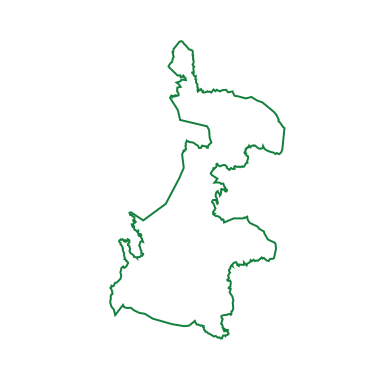 Tlacoachistlahuaca, Guerrero, Mexico (Equal Earth projection), rotated 347°
{"feature_id": "50627088B91414263136066", "entity_name": "Tlacoachistlahuaca", "entity_type": "district", "adm_level": 2, "iso_a3": "MEX", "parent_name": "Mexico", "parent_adm1": "Guerrero", "projection": "equal_earth", "projection_center": [-98.264, 16.975], "detail": "fine", "context": "isolated", "style": "outline", "palette": "green", "viewbox_px": 384, "rotation_deg": 347, "n_neighbors": 0, "source": "geoboundaries", "source_scale": "gbopen_adm2", "svg_char_len": 6058}
<svg xmlns="http://www.w3.org/2000/svg" viewBox="0 0 384 384"><g transform="rotate(347 192 192)"><path d="M125.3,306.6L143.1,316.4L154.2,321.0L159.3,321.5L165.8,318.3L165.9,319.7L166.9,322.3L168.4,322.6L170.5,324.4L171.3,324.1L173.2,325.2L172.5,326.3L173.1,326.9L172.7,327.9L172.9,329.1L173.7,330.0L173.6,331.1L174.8,331.6L176.1,333.6L177.0,333.9L180.8,337.7L182.8,337.7L184.3,339.7L186.0,339.8L187.1,341.3L188.5,341.2L188.5,340.6L190.1,338.8L191.9,339.3L192.2,339.9L192.9,339.2L194.1,339.4L195.8,338.4L195.3,335.7L195.9,334.6L194.0,333.9L193.7,334.6L193.4,333.9L193.1,334.7L192.1,334.9L191.7,333.1L192.7,332.8L191.2,331.0L191.8,329.6L191.4,327.8L190.7,327.0L193.3,322.8L192.5,321.6L192.6,319.6L194.3,319.1L198.8,319.5L200.0,319.2L201.4,319.4L202.2,320.4L203.0,319.7L203.5,317.3L204.4,317.1L206.0,314.9L206.9,308.5L207.9,307.3L207.8,302.8L206.1,298.2L207.9,295.2L206.1,294.0L206.4,293.3L208.1,293.0L209.5,288.6L209.2,286.9L207.2,286.8L206.6,285.6L208.7,284.2L208.3,281.6L211.0,279.0L210.3,277.9L210.4,276.3L212.0,275.3L212.4,274.0L213.5,272.6L214.1,272.4L214.7,273.1L214.5,272.0L217.0,270.4L219.1,270.2L220.0,272.7L219.6,273.2L221.0,274.6L221.8,273.3L226.0,274.7L226.5,274.3L226.8,272.4L228.7,275.8L229.7,274.3L232.9,273.3L233.8,271.6L234.9,272.9L236.8,271.9L237.9,273.5L239.1,273.2L240.8,273.8L245.1,271.5L245.6,272.7L247.1,272.3L249.2,275.4L251.2,276.5L253.1,274.7L255.6,275.3L257.0,274.9L261.1,266.2L261.7,261.8L261.4,260.2L255.2,255.3L253.2,248.6L253.2,246.7L248.9,242.7L248.4,240.7L241.7,235.4L240.8,233.9L240.0,231.2L240.2,228.5L237.7,229.2L237.4,228.7L235.7,229.2L226.9,227.1L216.4,228.9L216.4,226.0L215.6,225.4L214.6,225.7L213.6,223.1L211.8,221.4L209.8,220.8L207.6,218.4L207.8,217.8L208.8,217.8L208.0,217.1L208.1,216.0L211.1,213.5L210.4,208.4L209.2,206.1L210.7,204.5L213.9,205.3L213.6,206.9L214.0,209.2L214.6,208.9L214.8,204.4L214.1,201.6L214.4,200.0L215.7,197.7L217.2,197.0L217.2,198.2L218.6,200.5L218.4,201.6L219.5,200.7L220.5,197.7L221.5,196.7L221.1,195.9L221.4,195.6L223.2,196.8L224.0,196.5L224.5,198.8L225.5,199.2L226.4,198.6L226.5,197.8L225.5,196.5L225.3,194.7L224.7,194.1L224.4,190.9L222.1,190.6L221.8,189.5L218.7,188.3L216.0,187.9L219.8,184.8L215.2,180.0L214.4,178.1L217.7,174.9L218.2,173.6L218.7,173.6L218.8,174.5L221.3,173.0L222.1,171.4L222.0,170.4L222.9,170.1L223.4,171.7L225.2,173.3L228.6,172.7L230.1,173.2L231.6,174.9L231.4,176.3L233.4,178.9L235.4,177.4L236.4,178.5L238.7,179.1L238.9,176.8L239.8,176.5L241.8,177.8L243.4,177.8L244.5,178.7L246.5,178.2L247.1,179.0L248.3,179.0L251.3,176.0L252.6,176.0L252.7,174.3L254.3,171.7L254.6,169.7L253.2,168.8L253.5,166.6L252.2,166.5L252.0,165.2L253.5,164.1L253.7,162.6L254.3,162.7L254.8,161.5L255.8,161.5L256.2,160.9L257.0,161.2L257.9,159.9L258.1,160.9L259.0,161.6L259.6,160.7L262.2,160.3L262.8,161.0L263.8,160.8L266.4,164.3L268.5,165.4L270.8,165.0L271.6,163.2L272.3,166.1L273.7,167.9L277.3,170.5L280.2,171.9L282.0,173.8L283.3,173.1L285.4,174.7L287.7,173.6L289.6,170.8L296.5,150.5L295.4,149.3L293.2,143.8L292.1,142.5L292.8,141.3L292.0,137.6L291.3,135.1L289.4,131.8L280.7,120.5L276.0,117.5L271.3,112.8L265.5,112.9L257.3,108.6L255.7,108.3L254.8,106.9L254.1,103.1L249.6,103.0L248.2,100.1L244.2,99.6L241.9,100.3L239.1,98.0L237.6,99.1L236.1,97.0L233.1,99.4L231.9,98.2L230.5,98.1L229.6,97.3L228.7,97.8L225.5,97.7L224.8,97.2L225.3,95.7L224.1,95.3L223.9,93.8L220.3,95.4L220.3,93.5L221.4,92.5L220.8,90.8L221.5,88.2L220.7,86.8L220.6,85.8L221.4,83.5L220.7,82.7L221.6,80.4L221.1,80.6L221.0,79.8L220.3,79.4L219.9,78.3L220.2,76.9L219.1,76.4L219.1,75.6L220.7,75.6L221.2,71.4L222.3,70.4L221.6,69.6L221.3,67.8L222.0,67.6L223.2,64.5L222.8,63.0L223.4,62.1L223.1,61.0L223.9,59.2L223.3,58.5L224.1,56.8L224.3,54.5L222.7,53.0L221.3,52.6L218.8,47.6L217.3,45.6L217.2,44.5L215.8,42.7L213.6,42.7L206.1,48.7L205.2,51.4L204.5,51.3L204.5,56.5L203.4,57.4L201.8,60.9L199.9,61.7L197.4,64.2L197.5,65.0L204.1,75.2L206.8,75.7L206.8,77.6L208.6,77.5L209.1,77.0L209.6,77.9L210.0,77.3L210.4,78.7L211.2,79.2L211.2,81.6L207.0,80.1L205.8,81.5L201.6,81.9L203.1,83.6L204.6,87.0L201.2,87.0L200.1,90.5L201.0,92.4L200.7,94.8L198.0,94.9L198.1,94.1L197.5,93.9L196.0,94.9L195.6,94.4L194.7,94.9L194.9,94.1L193.6,93.4L191.8,95.3L196.7,109.2L196.6,119.1L221.5,131.4L222.6,135.4L221.4,143.2L222.0,148.2L218.9,149.9L217.7,151.3L217.4,152.4L216.3,152.1L216.2,150.7L213.8,150.0L212.9,149.2L212.1,149.2L210.8,151.0L209.3,150.9L208.7,150.6L208.3,148.4L204.1,144.0L200.3,142.6L199.8,141.7L198.8,141.6L198.4,140.9L196.7,143.4L196.6,145.0L196.0,145.5L195.8,149.0L193.4,149.7L193.8,150.4L192.1,151.2L190.8,153.4L189.4,166.6L182.7,175.7L163.8,197.6L138.1,208.7L127.9,198.0L126.4,198.3L126.7,200.6L128.4,201.1L128.6,202.4L130.2,203.7L129.6,206.0L128.3,206.2L128.4,207.4L128.7,207.7L129.8,207.1L130.5,208.4L129.5,209.1L128.6,208.9L127.5,210.2L126.0,210.0L126.3,212.7L126.6,213.0L127.2,211.7L127.6,211.8L127.8,212.8L127.3,213.7L127.6,216.0L128.4,216.3L129.4,218.1L130.9,217.6L130.3,219.6L130.3,222.5L131.1,222.4L131.1,221.4L131.8,221.1L132.5,221.4L132.9,222.8L131.7,223.7L132.6,225.7L133.0,229.5L131.7,228.6L130.7,228.8L128.5,232.3L129.0,233.3L129.0,237.0L129.5,238.3L128.7,240.5L130.4,241.2L130.5,241.7L129.0,243.0L127.8,242.8L126.6,243.6L123.9,243.2L123.7,244.2L123.2,243.3L120.8,242.1L121.0,240.8L118.3,237.6L117.8,235.4L119.0,233.4L118.6,231.4L118.9,230.6L117.6,229.2L117.9,228.1L119.5,227.3L120.1,224.9L119.0,223.8L118.7,224.8L116.6,225.5L116.6,224.1L114.9,224.9L114.4,224.0L114.6,223.3L113.6,222.4L112.7,222.8L112.0,222.1L110.3,223.0L109.8,223.9L111.0,225.7L110.5,226.9L111.5,228.6L112.1,231.5L111.6,232.0L111.7,235.2L112.2,236.3L111.5,238.4L111.7,242.3L111.4,242.4L112.1,242.9L112.2,244.1L112.7,244.2L113.9,246.5L111.6,249.4L109.3,250.7L108.8,250.6L108.2,249.1L106.3,250.0L104.1,254.3L104.3,257.5L102.7,260.6L98.4,263.3L96.6,263.2L94.4,266.0L93.5,266.1L92.4,265.2L91.6,266.9L90.9,267.2L91.7,269.0L91.8,272.5L91.5,273.6L90.4,273.7L89.3,275.3L88.8,278.2L87.7,280.0L87.5,282.4L87.7,285.6L89.4,289.0L89.5,294.6L99.4,286.5L100.0,289.0L102.7,290.5L106.4,291.0L108.6,294.0L113.4,297.9L118.7,300.1L125.3,306.6Z" fill="none" stroke="#15803d" stroke-width="2"/></g></svg>